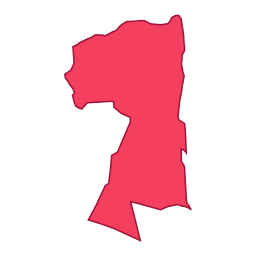 outline of São José de Mipibu, Rio Grande do Norte, Brazil
{"feature_id": "56859067B18331255180622", "entity_name": "São José de Mipibu", "entity_type": "district", "adm_level": 2, "iso_a3": "BRA", "parent_name": "Brazil", "parent_adm1": "Rio Grande do Norte", "projection": "robinson", "projection_center": [-35.288, -6.078], "detail": "fine", "context": "isolated", "style": "filled", "palette": "rose", "viewbox_px": 256, "rotation_deg": 0, "n_neighbors": 0, "source": "geoboundaries", "source_scale": "gbopen_adm2", "svg_char_len": 1343}
<svg xmlns="http://www.w3.org/2000/svg" viewBox="0 0 256 256"><path d="M191.2,209.7L186.8,202.7L186.3,198.6L184.5,167.3L183.7,164.9L181.3,161.4L181.3,148.9L184.5,150.6L186.2,152.8L185.4,132.5L185.1,128.5L184.6,123.5L181.9,122.0L179.1,119.9L178.0,117.3L179.1,106.3L179.5,101.8L180.3,97.8L181.6,91.6L181.9,88.8L182.4,85.2L183.1,81.7L184.1,76.0L183.0,72.7L181.7,65.4L181.4,62.8L182.1,59.0L181.9,56.1L183.0,53.3L184.5,50.8L184.5,46.2L183.9,42.7L183.6,35.2L181.2,19.0L178.8,15.4L175.6,15.5L171.7,17.6L170.2,20.9L168.2,23.6L162.3,24.6L160.1,24.7L155.4,24.3L152.0,24.1L149.4,23.2L144.8,20.8L141.7,20.5L138.3,20.8L135.4,21.2L131.5,21.4L126.6,21.5L121.5,24.8L119.2,26.9L116.4,30.3L112.3,32.0L105.1,35.8L101.7,35.0L99.1,35.0L95.5,34.8L91.1,37.6L87.2,39.0L83.0,41.1L80.2,42.2L78.0,44.2L72.9,46.7L74.1,63.1L71.0,70.0L64.8,74.3L65.5,78.5L67.9,81.1L69.1,83.6L70.6,85.6L73.2,89.2L74.6,93.3L72.5,95.1L73.3,98.5L74.5,102.9L75.9,106.3L78.3,107.8L81.7,109.0L87.3,102.8L111.0,101.3L113.9,102.0L113.8,107.1L121.2,113.4L130.3,117.4L130.2,122.4L125.0,134.5L120.1,146.0L117.5,152.1L111.6,155.5L110.7,167.0L108.7,183.4L105.3,185.6L96.6,204.4L88.3,220.0L98.4,223.0L114.0,228.5L140.3,240.6L134.0,215.1L130.6,201.6L137.4,203.3L160.6,209.7L168.0,206.5L178.0,204.5L181.7,206.1L184.8,206.5L187.9,207.6L191.2,209.7Z" fill="#f43f5e" stroke="#9f1239" stroke-width="1.5"/></svg>